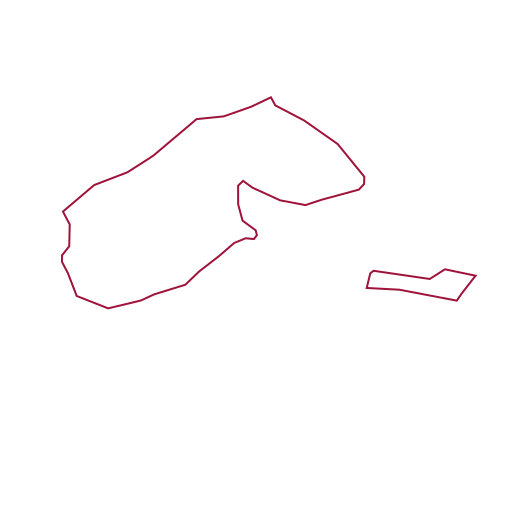 outline of Palestine, rotated 236°
{"feature_id": "PSE", "entity_name": "Palestine", "entity_type": "country or territory", "adm_level": 0, "iso_a3": "PSE", "parent_name": "Asia", "parent_adm1": "", "projection": "robinson", "projection_center": [35.031, 31.871], "detail": "fine", "context": "isolated", "style": "outline", "palette": "rose", "viewbox_px": 512, "rotation_deg": 236, "n_neighbors": 0, "source": "natural_earth", "source_scale": "50m", "svg_char_len": 763}
<svg xmlns="http://www.w3.org/2000/svg" viewBox="0 0 512 512"><g transform="rotate(236 256 256)"><path d="M400.8,120.8L405.3,161.5L397.3,196.3L396.6,226.7L402.7,283.3L389.8,307.3L382.4,335.7L379.2,357.1L370.1,356.2L341.4,371.7L303.2,386.3L261.1,390.1L255.2,385.8L253.5,378.4L265.8,342.3L270.6,325.4L288.7,307.1L314.6,291.3L325.5,287.3L324.3,280.5L308.8,270.1L292.8,264.6L277.5,270.1L272.8,268.4L271.2,263.8L276.5,257.3L279.0,245.2L276.6,225.0L275.0,200.4L271.7,181.3L281.1,150.3L283.5,135.6L295.3,104.1L323.1,85.0L347.1,90.5L359.7,91.9L365.1,95.7L368.5,106.6L386.3,119.2L400.8,120.8ZM167.6,329.9L177.7,341.0L178.0,345.2L139.8,387.2L139.3,405.2L116.9,427.0L109.8,405.3L106.7,397.5L147.9,356.0L167.6,329.9Z" fill="none" stroke="#9f1239" stroke-width="2"/></g></svg>